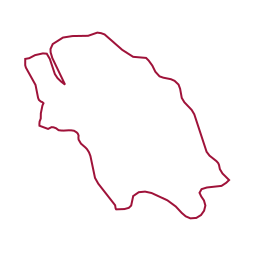 outline of Viana do Castelo, rotated 81°
{"feature_id": "PRT-741", "entity_name": "Viana do Castelo", "entity_type": "District", "adm_level": 1, "iso_a3": "PRT", "parent_name": "Portugal", "parent_adm1": "", "projection": "orthographic", "projection_center": [-8.501, 41.884], "detail": "fine", "context": "isolated", "style": "outline", "palette": "rose", "viewbox_px": 256, "rotation_deg": 81, "n_neighbors": 0, "source": "natural_earth", "source_scale": "10m", "svg_char_len": 1392}
<svg xmlns="http://www.w3.org/2000/svg" viewBox="0 0 256 256"><g transform="rotate(81 128 128)"><path d="M195.2,36.3L197.5,39.6L199.8,44.7L199.1,59.4L199.9,64.9L203.2,67.5L207.0,66.4L211.5,64.3L216.7,63.7L221.6,65.8L225.4,69.5L227.5,74.6L227.0,80.5L224.3,84.8L220.3,88.2L213.0,93.1L205.6,100.4L195.9,114.9L193.5,121.1L193.1,127.4L196.0,133.5L205.1,137.0L207.0,139.7L207.5,144.2L206.5,152.4L206.4,152.5L205.4,152.8L202.3,152.8L178.3,166.1L172.1,168.4L149.8,169.5L146.0,170.3L142.5,171.8L140.6,173.1L136.1,176.9L131.8,178.6L129.8,178.5L127.7,178.0L125.6,178.5L124.3,179.4L122.3,181.7L121.5,184.2L121.0,186.8L120.5,192.0L120.0,194.5L119.3,196.9L117.0,199.1L115.7,201.4L115.2,203.4L116.4,207.1L111.9,215.1L110.2,214.9L107.8,214.3L105.0,212.7L99.9,211.8L92.4,209.0L90.3,207.6L89.1,208.5L88.2,210.0L86.3,211.6L84.1,212.1L71.0,212.6L52.4,219.4L49.9,219.7L44.9,218.9L43.7,218.7L43.6,214.6L41.5,208.4L41.0,200.4L41.9,196.6L47.6,194.4L63.3,191.8L67.7,189.8L71.7,186.8L75.3,183.4L47.1,191.8L41.2,192.6L37.9,192.2L33.3,189.2L28.5,178.1L28.5,168.4L30.7,153.0L29.0,143.4L30.1,139.8L31.9,136.5L49.9,121.5L58.5,111.8L61.6,99.2L64.5,97.1L70.2,94.2L76.7,92.2L81.9,88.8L83.8,85.3L86.5,78.0L88.7,74.6L93.0,71.3L97.4,70.4L106.7,70.2L111.4,68.3L120.1,62.3L124.8,60.4L163.8,54.1L168.1,51.8L174.6,45.8L176.8,44.4L178.7,43.9L183.0,43.7L187.7,41.8L195.2,36.3Z" fill="none" stroke="#9f1239" stroke-width="2"/></g></svg>